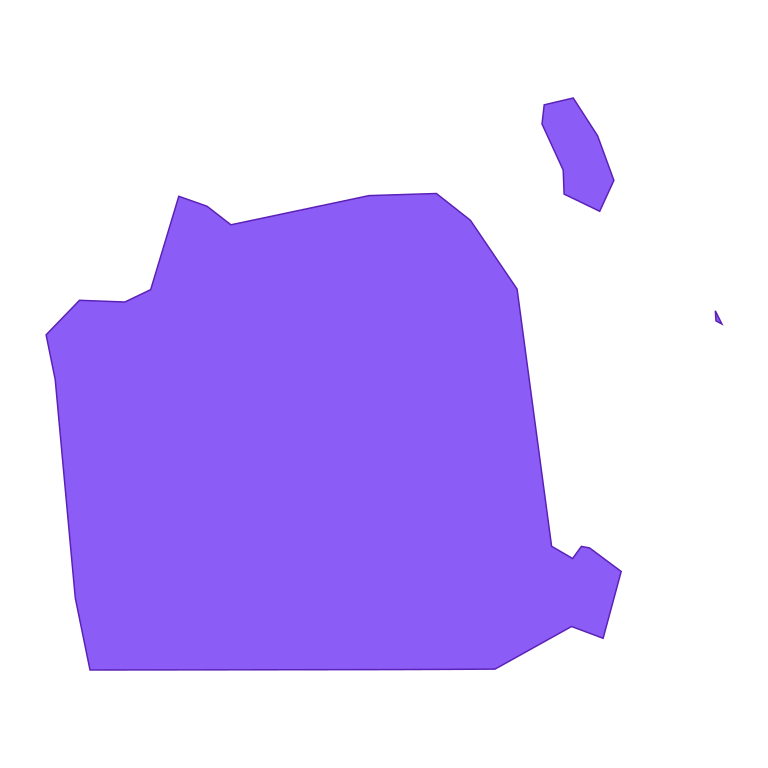 San Francisco, California, United States of America
{"feature_id": "52423323B46695716253077", "entity_name": "San Francisco", "entity_type": "district", "adm_level": 2, "iso_a3": "USA", "parent_name": "United States of America", "parent_adm1": "California", "projection": "mercator", "projection_center": [-122.408, 37.77], "detail": "fine", "context": "isolated", "style": "filled", "palette": "violet", "viewbox_px": 768, "rotation_deg": 0, "n_neighbors": 0, "source": "geoboundaries", "source_scale": "gbopen_adm2", "svg_char_len": 607}
<svg xmlns="http://www.w3.org/2000/svg" viewBox="0 0 768 768"><path d="M495.0,669.1L571.5,626.5L603.1,638.3L621.2,571.5L589.5,547.9L581.4,546.4L572.6,558.5L551.6,546.3L517.1,289.1L470.4,220.3L436.4,193.5L372.3,195.5L369.0,195.6L230.9,224.8L207.1,206.3L178.8,196.3L150.7,289.6L124.9,302.0L79.5,300.3L46.1,334.8L55.2,379.5L70.3,544.0L75.3,598.1L90.0,670.0L390.3,669.6L444.3,669.4L495.0,669.1ZM544.2,104.8L542.0,124.0L563.2,170.1L564.1,194.1L599.7,211.3L613.9,180.4L597.6,135.8L573.2,98.0L544.2,104.8ZM715.3,310.8L716.0,320.9L721.9,324.0L715.3,310.8Z" fill="#8b5cf6" stroke="#5b21b6" stroke-width="1.5"/></svg>